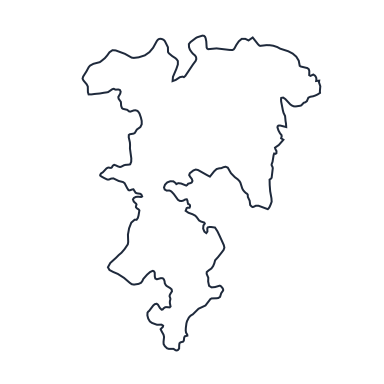 the border of Puebla, rotated 185°
{"feature_id": "MEX-2724", "entity_name": "Puebla", "entity_type": "State", "adm_level": 1, "iso_a3": "MEX", "parent_name": "Mexico", "parent_adm1": "", "projection": "mercator", "projection_center": [-97.844, 19.359], "detail": "fine", "context": "isolated", "style": "outline", "palette": "slate", "viewbox_px": 384, "rotation_deg": 185, "n_neighbors": 0, "source": "natural_earth", "source_scale": "10m", "svg_char_len": 6045}
<svg xmlns="http://www.w3.org/2000/svg" viewBox="0 0 384 384"><g transform="rotate(185 192 192)"><path d="M114.4,229.1L115.1,226.5L115.0,225.6L114.0,224.0L113.6,222.8L113.9,213.2L114.4,212.3L115.8,211.1L115.2,205.7L114.2,199.6L112.3,192.6L111.8,189.3L112.5,186.6L113.4,183.9L114.1,182.6L115.0,181.5L124.5,184.1L127.2,183.9L129.0,182.8L130.2,182.3L131.3,182.7L132.9,184.1L133.8,188.3L135.9,191.9L136.3,194.3L137.1,195.1L138.3,195.7L139.8,196.9L141.1,198.2L142.2,199.8L144.6,205.5L145.5,206.8L147.5,208.6L150.6,210.5L154.8,214.1L158.5,219.4L160.8,220.1L162.9,219.4L164.9,218.3L167.1,217.9L169.5,217.0L171.7,214.6L175.5,208.9L178.2,210.0L187.9,214.4L190.2,214.7L192.5,213.6L195.8,210.5L196.3,208.6L195.1,206.9L193.4,205.1L192.5,203.1L192.6,202.7L193.1,201.5L194.1,200.8L196.6,199.9L197.3,198.7L198.3,197.9L203.6,199.5L206.5,199.6L208.3,198.5L208.9,199.3L211.5,201.0L214.6,200.8L217.5,199.4L219.5,197.0L220.3,194.1L219.4,192.1L217.4,191.2L214.6,191.5L213.3,191.1L212.1,190.3L209.9,188.3L205.3,183.0L203.5,182.1L201.6,182.1L199.9,182.7L198.2,183.9L196.6,184.3L195.8,183.0L195.3,181.0L194.7,179.6L193.8,179.5L193.1,179.0L192.8,178.3L192.7,177.3L193.1,176.1L194.9,176.0L195.9,175.5L196.7,172.7L193.7,171.0L189.5,169.9L186.7,168.7L185.1,167.3L182.5,164.3L180.6,163.4L177.1,162.6L176.5,161.6L177.7,159.7L177.7,156.5L176.2,153.6L174.2,152.3L173.2,153.9L173.6,157.2L173.2,158.1L171.5,158.7L170.1,158.8L166.0,158.6L163.2,155.0L160.6,150.6L155.7,141.9L154.9,139.4L155.5,137.0L157.0,134.6L160.4,129.4L163.0,126.0L163.6,122.8L164.5,120.0L166.0,117.5L168.4,115.5L170.3,113.6L170.3,111.8L168.3,108.0L168.1,104.2L166.8,100.0L164.2,98.7L160.8,99.3L156.2,101.1L155.4,100.9L154.7,100.4L153.1,98.8L152.5,97.7L152.4,96.6L154.1,93.7L154.9,90.0L156.5,88.7L158.1,88.3L163.1,87.7L164.3,87.0L168.7,80.1L175.3,76.3L180.6,70.1L182.0,69.2L183.2,68.0L184.2,66.6L185.7,62.9L186.1,60.7L186.3,56.1L186.2,53.6L185.7,51.4L184.3,49.5L184.1,48.5L186.6,47.6L187.1,46.3L187.2,43.2L187.9,42.1L190.4,41.2L191.3,40.2L191.4,38.5L191.2,34.9L192.2,33.4L193.3,32.8L194.5,32.9L196.7,34.1L201.4,33.7L203.2,34.1L205.6,36.0L207.0,38.0L207.3,40.2L207.2,45.1L207.9,47.3L210.2,50.7L211.3,52.6L209.2,55.2L209.1,56.3L210.8,57.2L215.2,56.7L216.5,57.0L220.5,58.1L222.7,59.4L224.6,62.1L225.7,65.2L225.8,67.9L225.2,69.0L224.4,69.7L220.7,75.6L219.3,77.0L217.5,77.6L216.1,76.8L213.9,73.7L212.0,72.1L211.0,72.4L210.1,73.7L208.6,74.9L207.2,75.1L204.2,75.1L203.4,76.1L204.4,79.5L204.5,81.3L204.2,83.2L204.3,84.1L205.3,86.3L205.1,87.6L204.6,88.8L203.3,91.3L203.8,93.2L205.4,94.4L209.1,96.2L209.9,96.9L211.1,98.6L211.6,100.8L212.4,102.5L213.6,103.5L215.4,103.5L219.4,102.0L221.0,102.6L221.7,104.6L222.1,108.3L222.8,109.5L223.8,110.0L224.4,110.0L226.8,108.6L229.5,105.8L232.9,101.2L233.7,99.0L234.9,97.1L237.2,95.8L241.7,94.7L244.0,94.9L246.2,96.2L252.2,100.5L258.7,103.9L263.6,105.5L267.4,107.1L269.2,109.7L267.2,114.2L261.9,119.9L259.5,122.8L257.0,125.3L254.2,129.2L251.4,134.2L251.2,136.6L252.1,144.0L251.5,150.4L249.8,156.2L246.7,159.4L244.8,159.5L243.7,161.4L243.2,164.0L242.8,169.1L243.8,170.1L245.3,170.8L246.5,171.9L246.6,172.8L246.2,174.7L246.6,175.4L249.2,177.4L250.2,179.5L249.3,181.1L247.5,182.2L245.4,182.6L242.2,182.6L241.3,183.2L242.2,185.0L243.4,185.7L246.7,185.9L248.1,186.3L250.6,189.6L251.8,189.3L254.2,188.2L255.4,188.3L256.9,190.2L259.9,194.9L261.6,195.9L266.0,196.6L271.5,198.7L273.7,198.3L275.8,197.2L276.9,197.0L278.0,197.2L280.8,198.3L283.7,199.6L284.9,200.4L284.9,201.2L284.3,202.5L282.5,203.9L279.2,208.1L277.9,208.9L277.2,209.1L275.6,208.9L274.7,209.0L274.0,209.5L273.2,211.3L271.9,212.3L270.0,211.8L267.9,211.0L265.9,210.6L264.6,211.1L262.1,212.7L260.7,213.2L257.1,213.8L256.0,214.2L255.2,216.8L255.4,220.2L257.6,229.9L257.8,233.4L258.2,236.0L259.8,241.0L259.9,243.3L259.0,244.1L255.2,245.1L254.1,245.9L252.4,249.4L249.1,252.2L248.0,255.1L248.3,258.4L249.4,261.7L251.2,265.7L252.7,267.5L253.6,268.1L255.5,268.5L257.1,268.2L260.4,266.7L261.7,266.8L263.7,268.2L267.2,268.7L268.2,268.9L269.1,269.5L270.1,271.7L270.7,275.5L273.2,278.5L273.7,280.2L272.1,283.7L271.8,285.7L272.7,287.3L274.1,287.7L277.3,287.3L278.9,288.0L280.3,287.5L284.3,284.2L285.7,283.8L288.4,283.2L292.4,282.1L297.5,281.2L300.5,280.5L303.5,280.2L304.4,282.4L305.0,288.0L306.3,290.1L309.9,293.7L310.9,295.4L310.5,297.5L307.6,303.1L305.8,307.3L304.6,309.0L301.4,311.1L295.2,313.3L293.9,314.4L290.5,317.7L288.4,320.6L286.4,324.0L283.6,326.3L280.4,326.4L270.9,323.8L263.8,320.6L261.7,320.5L256.9,321.5L250.9,324.0L246.6,327.6L243.3,332.3L240.2,339.3L239.3,340.7L238.1,341.6L236.6,341.9L235.1,341.7L233.7,341.2L232.5,340.3L231.6,339.0L228.6,334.1L228.1,329.4L227.2,328.2L223.6,325.7L220.2,323.9L218.7,322.7L217.5,321.2L217.2,317.8L218.3,313.3L221.0,305.1L221.0,300.8L218.0,302.2L214.1,305.3L211.5,306.1L210.1,305.7L208.8,307.0L202.1,319.2L199.8,322.9L199.3,324.8L199.7,326.7L200.8,328.2L203.2,329.9L204.5,331.2L206.5,333.6L207.6,336.0L208.0,339.1L206.6,341.2L201.5,345.8L200.3,346.6L195.2,348.7L193.6,348.6L192.5,347.7L191.8,346.3L190.9,343.2L190.0,337.2L189.4,336.2L188.3,335.7L180.1,337.2L166.8,336.8L164.0,337.0L162.9,337.7L162.1,339.0L160.6,342.5L158.5,346.2L155.8,348.9L152.2,349.2L148.9,347.9L145.0,351.2L139.2,345.0L137.9,343.9L136.9,343.5L130.6,344.8L127.2,345.0L123.8,344.8L119.6,343.8L116.7,342.5L108.4,340.6L103.8,338.7L99.9,335.9L97.1,332.1L95.7,327.1L94.6,326.5L87.9,325.5L86.4,324.5L85.7,322.8L85.4,318.6L84.1,318.0L81.4,319.6L79.6,318.6L78.7,317.5L78.1,316.3L77.9,314.9L78.0,313.4L75.0,314.0L75.1,312.4L73.4,308.5L73.4,303.6L73.1,301.9L75.4,300.1L77.5,298.9L79.7,297.9L82.4,297.2L84.3,296.1L85.5,292.5L87.0,291.2L88.5,290.6L90.7,287.8L91.9,287.3L96.1,286.3L98.0,286.2L99.9,286.8L101.7,287.8L107.1,292.7L109.4,294.0L111.3,293.5L111.4,292.2L111.1,290.0L108.6,281.3L107.7,278.8L105.9,275.8L105.0,270.9L104.3,268.2L103.8,264.9L109.8,265.9L111.7,265.7L112.4,264.9L112.5,263.8L111.2,260.8L109.4,258.1L107.8,256.5L107.5,255.2L107.9,253.3L105.5,252.0L109.6,246.4L113.2,243.4L112.6,241.9L111.4,240.1L111.3,238.0L112.1,237.3L113.5,237.5L113.9,235.9L114.4,229.1Z" fill="none" stroke="#1e293b" stroke-width="2"/></g></svg>